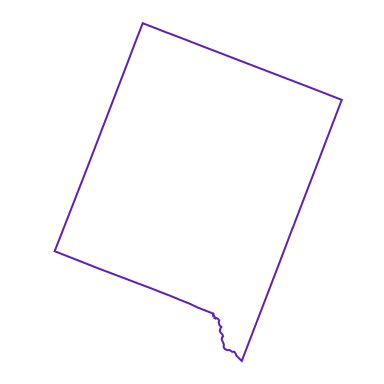 San Juan, New Mexico, United States of America, rotated 111°
{"feature_id": "52423323B37517446111976", "entity_name": "San Juan", "entity_type": "district", "adm_level": 2, "iso_a3": "USA", "parent_name": "United States of America", "parent_adm1": "New Mexico", "projection": "mercator", "projection_center": [-107.969, 36.5], "detail": "fine", "context": "isolated", "style": "outline", "palette": "violet", "viewbox_px": 384, "rotation_deg": 111, "n_neighbors": 0, "source": "geoboundaries", "source_scale": "gbopen_adm2", "svg_char_len": 1065}
<svg xmlns="http://www.w3.org/2000/svg" viewBox="0 0 384 384"><g transform="rotate(111 192 192)"><path d="M296.5,299.0L296.9,252.3L296.8,233.4L296.7,209.4L296.6,196.8L296.7,185.4L296.7,175.6L297.0,165.2L297.1,154.8L297.8,145.5L297.9,134.5L297.9,129.3L297.9,128.4L298.9,128.0L299.4,128.3L300.3,127.7L299.8,126.9L300.8,125.7L301.6,125.8L301.8,124.7L300.9,124.0L301.2,122.0L302.1,120.5L303.9,120.5L306.3,118.8L307.0,117.5L307.5,116.2L309.0,116.6L311.9,116.2L313.0,114.9L314.2,112.4L315.8,111.2L316.8,111.8L318.9,111.5L321.0,109.5L322.8,107.6L324.7,107.2L325.8,106.5L326.8,105.0L327.0,102.5L326.1,100.1L326.8,97.3L326.0,95.2L327.3,93.3L329.0,91.8L330.2,88.9L331.7,85.5L331.9,85.0L321.4,85.0L232.1,85.0L226.4,85.0L189.3,85.2L189.1,85.0L182.6,85.1L177.0,85.1L166.9,85.1L139.9,85.1L125.5,85.1L125.4,85.1L67.9,85.2L67.1,85.2L52.3,85.2L52.3,91.5L52.2,111.9L52.2,112.0L52.2,186.5L52.2,192.4L52.2,232.0L52.1,260.4L52.2,274.2L52.1,298.5L72.2,298.6L89.8,298.5L93.7,298.5L140.3,298.5L206.2,298.5L263.9,298.8L296.5,299.0Z" fill="none" stroke="#5b21b6" stroke-width="2"/></g></svg>